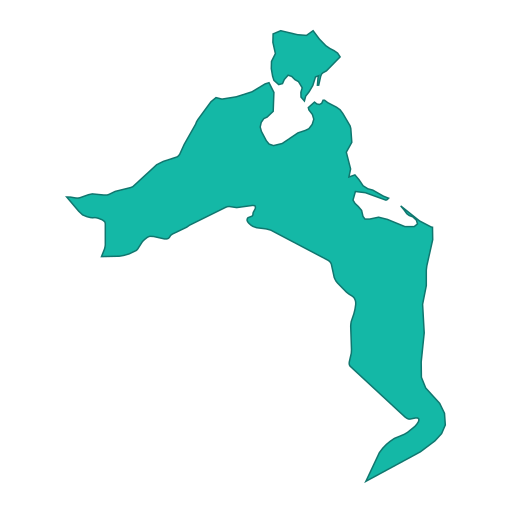 the Governorate of Médenine
{"feature_id": "TUN-96", "entity_name": "Médenine", "entity_type": "Governorate", "adm_level": 1, "iso_a3": "TUN", "parent_name": "Tunisia", "parent_adm1": "", "projection": "equal_earth", "projection_center": [10.815, 33.079], "detail": "fine", "context": "isolated", "style": "filled", "palette": "teal", "viewbox_px": 512, "rotation_deg": 0, "n_neighbors": 0, "source": "natural_earth", "source_scale": "10m", "svg_char_len": 3370}
<svg xmlns="http://www.w3.org/2000/svg" viewBox="0 0 512 512"><path d="M437.4,438.2L434.9,440.9L420.4,451.8L365.9,481.3L366.0,481.1L379.4,452.6L382.9,448.0L386.5,444.3L390.3,441.2L394.4,438.4L404.3,434.3L407.5,432.4L415.0,426.3L416.8,424.2L418.2,422.1L418.7,420.9L418.9,419.8L418.6,418.7L417.6,418.0L415.8,417.9L409.9,419.1L408.4,419.0L406.9,418.3L405.0,417.0L350.1,366.2L349.5,365.1L349.2,364.0L349.2,362.9L349.3,361.9L351.3,353.2L351.5,349.8L350.7,326.1L350.9,323.7L351.2,321.7L353.9,313.7L355.0,309.2L355.7,304.5L355.7,302.6L355.6,301.6L355.1,299.8L354.6,298.8L354.1,297.8L353.0,296.7L351.6,295.7L349.1,294.2L346.4,292.1L337.6,283.1L336.0,281.1L334.8,278.8L334.2,277.4L331.4,264.4L331.2,263.8L330.8,263.0L330.2,262.1L329.3,261.2L328.1,260.3L270.7,230.1L266.2,228.9L256.6,227.7L252.9,226.4L251.0,225.2L249.0,223.4L248.1,222.4L247.5,221.4L247.1,220.5L247.1,219.5L247.4,218.5L248.0,217.7L252.1,216.1L252.7,215.3L253.0,214.3L253.0,213.3L253.3,212.3L254.9,209.4L255.3,208.5L255.4,207.5L255.3,206.6L254.8,205.7L252.7,205.4L236.7,207.6L229.4,206.5L227.6,206.6L225.9,207.2L189.5,225.2L186.7,227.2L172.5,234.0L170.6,235.4L169.3,237.5L168.3,238.4L166.9,238.9L164.3,238.9L153.7,236.5L149.9,236.3L148.6,236.7L147.1,237.5L144.6,239.5L143.2,240.8L142.1,242.1L137.7,249.0L137.0,249.8L136.2,250.5L129.1,253.9L123.9,255.4L119.4,256.2L101.5,256.6L104.5,249.0L105.0,247.0L105.3,245.0L105.3,224.2L105.2,223.2L105.0,222.2L104.0,221.1L102.2,219.8L98.1,218.2L96.0,217.7L94.4,217.6L92.6,217.8L90.6,217.6L87.0,216.7L82.6,214.9L78.7,211.2L66.7,197.0L70.5,197.1L75.9,198.0L77.8,198.1L79.7,197.8L88.5,194.7L92.3,193.9L103.7,195.0L107.2,195.0L109.0,194.4L115.2,191.4L130.5,187.6L132.8,186.7L156.7,164.7L163.3,161.4L177.1,156.9L178.3,156.0L179.7,154.3L184.2,144.4L195.7,124.1L196.5,121.9L198.0,119.4L211.0,101.7L215.4,98.1L216.0,97.6L222.0,99.1L236.3,96.8L252.0,91.8L265.1,83.9L269.0,82.7L273.9,92.4L273.2,111.3L267.1,117.1L263.8,118.6L261.2,122.4L260.2,127.0L261.4,131.4L266.3,140.7L269.1,144.1L273.5,145.6L282.2,143.5L297.9,132.9L305.4,130.4L308.9,128.7L312.2,124.4L313.8,119.2L312.4,114.5L308.9,109.9L308.3,107.6L314.5,102.1L316.9,104.0L319.5,104.5L321.7,103.3L323.1,100.2L324.5,100.2L327.8,102.7L336.5,107.2L340.1,109.8L342.9,113.6L350.1,125.9L350.8,128.6L351.8,142.3L346.3,152.2L350.6,169.0L348.9,177.0L354.9,174.9L359.0,179.7L363.1,185.8L367.9,188.8L372.8,190.1L383.5,196.2L388.6,198.2L387.3,199.5L386.7,199.9L385.8,200.1L365.4,192.7L355.4,191.5L353.0,200.1L355.0,203.4L358.3,206.5L361.6,210.4L363.0,216.4L365.0,219.1L369.5,219.1L378.6,217.2L387.4,219.4L404.9,226.6L414.2,226.6L417.5,223.9L416.4,220.2L412.9,216.9L409.2,215.5L406.8,213.7L403.9,209.7L400.7,205.9L419.5,220.9L431.0,226.9L432.4,227.3L432.5,227.3L432.7,239.7L426.8,265.9L426.3,270.2L426.3,285.6L422.6,304.3L424.2,332.9L421.2,362.0L421.4,377.3L425.7,388.0L439.7,403.4L444.5,413.3L445.3,425.0L441.6,433.6L437.4,438.2ZM325.8,45.7L329.9,48.5L334.0,50.6L337.6,53.1L340.1,56.9L326.4,70.9L322.9,72.8L321.6,74.0L320.7,76.2L318.7,85.2L317.4,85.2L318.0,78.0L318.7,75.7L315.5,76.9L312.8,85.5L309.1,91.8L305.7,96.1L304.4,101.0L301.0,97.1L300.9,92.3L302.2,87.8L298.5,81.6L295.0,79.7L291.7,76.4L288.1,75.2L284.3,79.5L282.5,83.6L278.7,84.6L273.9,80.3L272.6,76.2L271.3,68.6L271.5,61.4L275.4,53.6L272.9,42.4L273.1,33.9L280.7,30.7L297.5,34.7L306.5,35.4L313.1,30.7L319.3,39.0L325.8,45.7Z" fill="#14b8a6" stroke="#0f766e" stroke-width="1.5"/></svg>